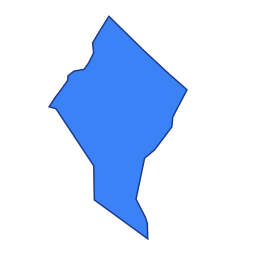 Bagaroua, Tahoua, Niger, rotated 217°
{"feature_id": "23599985B53990886897515", "entity_name": "Bagaroua", "entity_type": "district", "adm_level": 2, "iso_a3": "NER", "parent_name": "Niger", "parent_adm1": "Tahoua", "projection": "mercator", "projection_center": [4.649, 14.377], "detail": "fine", "context": "isolated", "style": "filled", "palette": "blue", "viewbox_px": 256, "rotation_deg": 217, "n_neighbors": 0, "source": "geoboundaries", "source_scale": "gbopen_adm2", "svg_char_len": 490}
<svg xmlns="http://www.w3.org/2000/svg" viewBox="0 0 256 256"><g transform="rotate(217 128 128)"><path d="M103.9,194.0L127.4,195.8L162.5,199.4L210.5,205.7L208.6,184.5L207.5,174.7L200.6,167.2L198.6,156.2L198.4,148.4L205.4,140.9L207.3,133.6L204.8,129.6L204.5,118.8L204.5,108.7L203.8,97.5L197.2,100.1L132.6,77.2L111.6,50.3L45.5,51.4L47.1,53.2L55.1,63.4L60.3,67.1L78.8,76.0L96.6,113.9L93.6,126.7L93.7,155.3L98.9,163.8L103.9,194.0Z" fill="#3b82f6" stroke="#1e3a8a" stroke-width="1.5"/></g></svg>